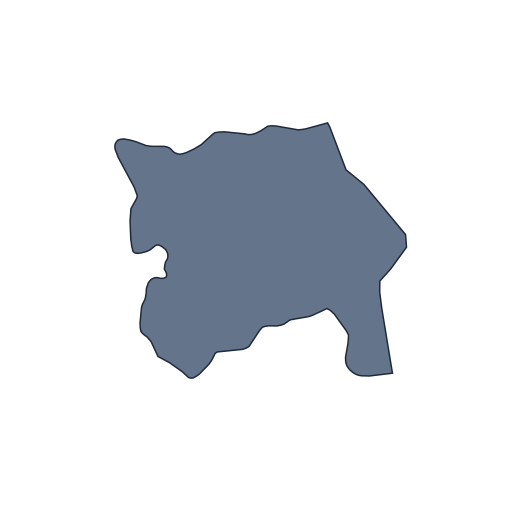 outline of Sonsonate, rotated 231°
{"feature_id": "SLV-1348", "entity_name": "Sonsonate", "entity_type": "Department", "adm_level": 1, "iso_a3": "SLV", "parent_name": "El Salvador", "parent_adm1": "", "projection": "mercator", "projection_center": [-89.666, 13.711], "detail": "fine", "context": "isolated", "style": "filled", "palette": "slate", "viewbox_px": 512, "rotation_deg": 231, "n_neighbors": 0, "source": "natural_earth", "source_scale": "10m", "svg_char_len": 2037}
<svg xmlns="http://www.w3.org/2000/svg" viewBox="0 0 512 512"><g transform="rotate(231 256 256)"><path d="M314.4,395.4L309.7,394.5L266.3,380.2L243.5,384.9L178.5,385.7L168.1,378.5L161.2,352.6L158.6,336.5L150.1,329.4L136.0,320.7L80.5,289.1L79.0,288.4L80.6,285.8L91.4,268.6L96.6,262.5L98.5,260.9L100.2,259.7L102.2,258.8L104.5,258.0L108.4,257.3L111.1,257.3L113.6,257.6L115.4,258.2L117.1,259.0L119.9,261.0L121.2,262.1L130.2,272.5L135.2,277.2L136.5,278.2L140.8,279.1L161.4,280.3L167.1,279.5L170.5,278.1L174.4,262.5L175.6,259.1L184.4,243.3L185.0,241.5L185.4,235.0L186.5,232.0L188.5,228.2L193.7,222.0L195.7,218.7L196.6,215.9L195.9,212.0L190.1,193.7L190.5,190.8L191.8,187.0L205.7,165.7L206.1,163.3L205.5,161.7L203.9,158.4L202.6,155.2L201.5,151.1L199.9,137.9L200.0,135.0L200.7,130.5L202.2,128.4L204.1,127.1L212.4,125.9L227.4,121.7L239.6,116.6L255.5,120.6L261.6,120.4L265.4,119.4L267.5,119.1L269.6,119.1L272.8,120.7L276.8,123.6L287.9,134.5L289.9,137.3L292.1,142.3L293.6,144.3L295.7,146.7L299.9,150.6L303.0,155.6L303.7,159.2L303.6,161.2L303.0,163.1L302.1,164.7L301.1,165.9L298.4,168.1L297.3,169.5L296.5,171.0L296.2,172.8L297.0,174.3L299.3,175.7L303.5,176.5L306.6,179.7L308.3,182.0L309.1,184.2L309.9,185.9L311.1,187.2L312.6,188.4L314.8,189.3L318.0,189.9L322.9,188.7L325.4,187.5L327.0,185.9L327.4,184.2L327.4,177.9L328.3,174.0L330.5,169.0L332.3,166.0L333.5,164.7L334.8,163.7L336.7,163.3L341.3,165.3L347.9,169.3L362.4,180.1L371.5,188.6L375.6,198.9L376.5,200.4L377.6,201.7L386.4,204.7L419.0,210.9L426.8,213.4L428.5,214.2L429.9,215.2L431.1,216.4L432.0,217.8L432.6,219.5L433.0,221.5L432.0,224.1L430.2,226.9L425.2,231.2L420.9,234.3L410.8,240.2L407.1,243.7L399.0,253.6L396.3,255.8L393.6,257.0L388.8,257.4L387.3,257.9L384.5,259.5L383.1,260.8L381.6,263.4L380.1,267.2L378.1,275.6L377.0,283.7L377.9,299.2L377.7,301.6L375.8,305.0L372.4,309.6L357.6,324.5L356.1,325.5L354.8,326.9L353.2,329.1L351.6,332.6L350.3,338.5L349.4,346.9L347.6,349.8L344.5,353.3L327.2,368.4L323.6,374.4L316.3,391.0L314.4,395.4Z" fill="#64748b" stroke="#1e293b" stroke-width="1.5"/></g></svg>